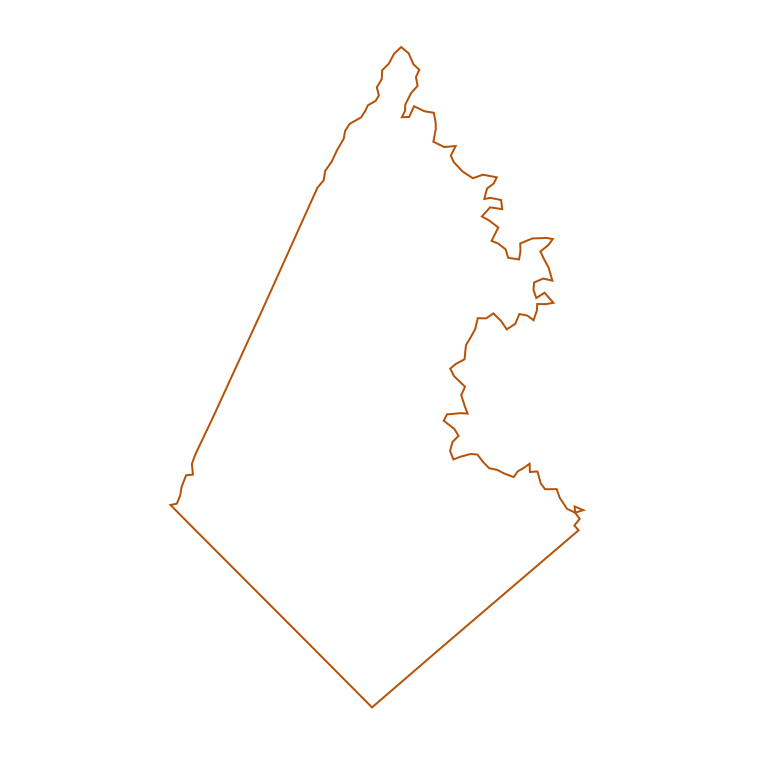 Vera Cruz do Oeste, Paraná, Brazil (Albers equal-area conic projection), rotated 48°
{"feature_id": "56859067B99873353532252", "entity_name": "Vera Cruz do Oeste", "entity_type": "district", "adm_level": 2, "iso_a3": "BRA", "parent_name": "Brazil", "parent_adm1": "Paraná", "projection": "albers", "projection_center": [-53.935, -24.996], "detail": "fine", "context": "isolated", "style": "outline", "palette": "amber", "viewbox_px": 768, "rotation_deg": 48, "n_neighbors": 0, "source": "geoboundaries", "source_scale": "gbopen_adm2", "svg_char_len": 1954}
<svg xmlns="http://www.w3.org/2000/svg" viewBox="0 0 768 768"><g transform="rotate(48 384 384)"><path d="M622.9,337.3L616.5,337.2L615.2,328.8L607.5,328.1L599.3,331.5L585.9,329.5L577.7,326.0L570.0,334.7L562.7,334.0L551.7,328.5L547.0,334.4L540.7,329.2L539.9,336.2L538.4,343.2L540.0,349.9L531.1,354.5L523.6,357.3L517.0,362.2L508.3,362.5L498.9,361.8L494.0,366.4L489.2,375.9L486.5,382.9L478.0,379.7L472.9,371.9L472.4,363.3L464.5,361.8L451.3,364.2L448.7,357.5L452.5,352.6L456.8,346.7L461.9,341.7L454.8,338.9L444.0,334.1L440.2,325.6L425.2,326.7L416.9,324.5L417.1,317.2L419.5,307.6L409.9,297.0L407.9,290.1L404.2,279.4L397.8,270.3L403.5,264.3L404.8,255.5L415.3,254.8L425.5,256.2L427.1,246.1L422.6,236.6L429.0,231.7L436.7,230.2L431.6,221.1L427.1,216.6L432.8,210.5L437.0,203.8L423.6,203.6L422.0,213.3L414.0,209.9L409.0,204.5L412.2,195.1L419.8,189.7L407.6,183.8L397.4,181.3L390.1,179.1L390.7,169.0L389.2,161.6L384.3,165.4L375.1,176.4L370.7,188.7L376.4,193.5L381.8,200.3L373.3,207.3L365.2,203.5L356.0,205.2L349.6,208.3L344.2,194.4L333.0,196.4L325.0,199.2L323.7,187.0L333.2,179.1L325.6,173.9L317.1,180.2L313.6,185.6L307.7,176.7L308.4,168.3L305.9,161.9L294.7,170.4L290.5,180.3L278.8,183.4L266.0,183.7L259.0,181.6L255.1,171.5L248.2,180.7L237.0,185.2L229.0,174.7L224.4,170.8L215.8,165.5L208.3,171.5L197.7,175.8L202.4,186.6L197.7,192.2L195.1,185.6L190.6,181.3L185.9,169.1L184.9,159.5L177.3,154.9L174.1,147.5L166.1,148.2L154.7,144.4L145.1,145.8L145.3,155.4L149.2,166.2L149.6,175.4L155.9,181.7L158.8,190.9L166.1,194.7L168.0,200.7L166.1,209.5L168.6,215.4L170.5,222.5L167.7,235.6L170.0,243.7L174.7,249.7L178.9,262.7L183.7,273.9L186.3,285.2L192.3,292.6L193.6,302.3L196.2,308.1L244.7,418.4L294.4,533.5L307.2,564.4L310.7,572.6L314.9,580.3L323.5,586.6L319.4,592.2L325.1,603.4L330.4,609.9L334.3,618.0L331.1,623.6L368.8,621.8L521.0,614.0L616.3,609.3L618.3,516.6L622.9,337.3ZM607.5,328.1L611.1,320.3L602.6,324.3L607.5,328.1Z" fill="none" stroke="#b45309" stroke-width="2"/></g></svg>